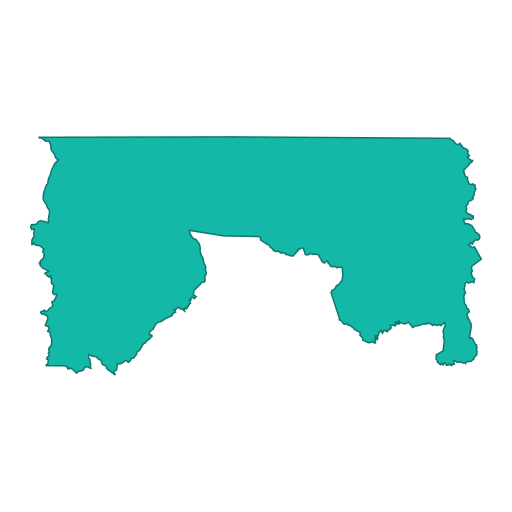 Colniza, Mato Grosso, Brazil (Robinson projection)
{"feature_id": "56859067B44233830293285", "entity_name": "Colniza", "entity_type": "district", "adm_level": 2, "iso_a3": "BRA", "parent_name": "Brazil", "parent_adm1": "Mato Grosso", "projection": "robinson", "projection_center": [-60.12, -9.423], "detail": "fine", "context": "isolated", "style": "filled", "palette": "teal", "viewbox_px": 512, "rotation_deg": 0, "n_neighbors": 0, "source": "geoboundaries", "source_scale": "gbopen_adm2", "svg_char_len": 6004}
<svg xmlns="http://www.w3.org/2000/svg" viewBox="0 0 512 512"><path d="M46.4,365.7L65.3,365.8L67.2,367.2L67.9,369.0L68.8,367.9L69.7,368.8L71.5,368.3L76.6,373.2L78.5,371.1L79.3,371.4L83.3,370.2L84.2,368.1L85.9,366.8L86.6,366.6L91.5,368.6L90.2,367.3L90.7,363.9L90.0,362.0L90.0,359.7L88.6,357.5L88.6,354.4L92.1,356.1L96.2,356.8L99.2,359.6L101.1,360.0L101.4,362.1L102.6,364.6L106.4,366.3L106.8,368.7L115.3,375.1L113.8,371.9L114.3,371.0L116.5,370.1L117.5,363.7L119.1,364.1L121.8,363.3L124.7,360.9L126.7,360.5L127.5,361.9L128.8,362.3L130.7,360.1L131.4,358.4L133.7,357.9L136.4,354.5L137.2,351.8L139.6,350.3L142.8,344.7L144.2,343.2L145.5,342.9L147.0,340.4L149.1,339.3L152.1,336.2L151.7,335.0L149.4,334.7L149.1,333.4L150.9,330.6L153.1,329.2L155.8,324.1L157.1,322.7L161.8,321.2L164.8,318.9L172.3,315.5L172.5,313.7L175.6,312.1L174.2,309.7L175.8,309.6L177.1,308.0L178.8,307.3L180.0,308.7L181.9,309.0L184.7,311.1L184.2,308.7L184.8,308.1L186.3,308.8L187.1,308.0L187.1,306.6L188.5,306.2L188.7,304.8L190.5,303.2L189.5,300.2L190.9,300.0L190.6,298.1L192.3,297.2L194.2,298.6L196.2,296.6L193.5,294.9L193.8,290.6L200.6,283.9L201.6,282.2L204.0,282.2L204.8,281.3L205.1,280.4L204.8,276.3L205.9,274.8L206.3,273.3L205.5,270.3L205.7,266.3L203.8,263.1L202.9,258.0L201.0,254.5L200.1,251.7L200.2,247.7L199.3,243.9L196.3,239.8L192.8,238.1L189.9,233.6L189.4,230.4L223.9,235.9L258.7,236.5L260.4,237.2L260.5,239.9L265.2,243.0L266.7,243.3L266.6,244.0L267.1,244.4L268.9,244.7L270.3,247.3L272.3,248.5L273.5,250.6L276.4,251.6L278.1,251.0L280.6,252.9L281.1,253.1L281.2,252.4L285.1,253.5L286.6,254.9L287.6,254.3L289.6,255.6L292.8,256.1L296.4,252.4L296.8,251.1L297.9,251.0L298.2,249.2L299.9,249.2L300.4,248.2L301.7,248.0L303.4,248.5L305.3,254.4L306.3,254.9L308.0,254.8L310.8,253.5L312.9,254.5L314.0,253.8L315.4,254.6L316.4,254.2L318.1,254.5L322.6,262.3L324.7,263.0L326.1,261.4L327.8,261.1L328.2,263.5L329.6,264.0L330.1,265.8L331.9,266.8L335.0,266.4L336.8,267.7L341.8,267.1L342.4,267.8L342.3,270.4L343.0,273.5L341.9,280.9L340.9,281.5L338.9,284.6L336.6,285.5L334.7,289.1L331.7,290.8L331.1,292.8L339.6,319.0L339.2,319.8L341.7,321.0L343.2,323.6L345.4,324.4L347.1,323.9L348.5,325.3L350.0,325.5L353.5,328.1L354.5,329.5L360.0,332.3L360.3,333.0L359.9,335.1L362.5,337.8L362.9,340.2L368.6,342.8L373.1,341.8L374.5,343.1L375.5,342.8L375.3,338.9L376.1,338.7L377.2,339.6L377.9,337.6L377.6,336.8L375.2,337.5L375.3,335.8L378.4,335.1L378.7,333.3L381.1,330.4L382.5,333.2L384.0,330.3L385.2,330.9L386.2,330.3L386.7,331.6L387.6,331.6L387.8,330.4L390.5,329.0L391.2,327.6L390.3,327.0L390.4,325.6L393.9,325.2L394.8,326.0L395.8,325.0L395.5,322.4L396.1,322.0L396.8,322.4L397.3,324.0L399.0,324.0L399.2,323.4L398.3,323.4L397.7,322.0L399.3,320.8L399.9,323.1L401.0,322.7L403.7,323.8L405.4,323.8L408.4,322.2L412.8,327.6L415.5,325.8L418.4,325.8L422.5,324.1L426.7,324.0L427.1,322.8L431.1,324.1L432.7,325.6L434.0,324.2L435.9,325.3L438.3,325.2L439.5,324.3L440.8,325.6L444.7,322.5L445.3,324.8L443.0,331.4L443.8,334.7L443.3,336.9L444.3,340.4L443.1,350.9L436.3,354.8L436.1,359.1L437.4,360.6L437.3,361.9L440.4,364.6L441.4,363.3L442.7,365.0L443.3,364.8L444.2,362.8L445.6,363.8L446.2,365.1L448.1,365.2L448.9,363.9L451.2,365.5L452.0,364.4L452.2,365.0L453.4,363.8L454.3,364.1L453.4,360.6L454.0,360.2L456.9,362.2L461.2,362.0L462.7,363.0L465.0,362.6L465.5,363.5L466.4,361.7L471.3,361.3L472.8,359.5L473.6,359.5L473.8,358.0L476.7,354.7L477.1,351.4L476.2,349.4L477.1,347.6L476.6,347.0L476.5,344.7L475.8,344.7L474.6,343.1L473.0,339.2L471.5,337.7L470.1,338.3L469.4,338.0L471.4,325.8L470.8,322.9L469.8,321.8L469.3,319.6L467.9,318.8L468.2,317.8L467.0,315.4L467.2,313.7L469.3,311.8L468.6,309.5L468.2,308.8L466.8,308.5L466.2,305.6L464.5,303.6L463.8,296.0L465.6,292.4L464.4,290.7L464.2,287.9L465.0,285.9L464.8,284.1L466.2,282.2L466.8,281.9L468.5,283.0L471.9,281.9L473.9,282.6L474.6,278.9L472.5,277.0L471.4,273.9L471.3,272.5L472.3,271.4L471.5,267.7L471.8,266.2L481.3,259.1L474.5,246.9L472.4,247.4L471.1,246.9L470.6,246.0L469.4,246.2L468.5,245.1L469.5,244.6L470.3,242.8L472.4,244.2L474.2,240.7L477.0,239.5L477.6,240.2L478.8,239.4L479.8,237.8L479.5,235.1L477.3,233.0L475.4,232.5L475.2,231.2L471.9,225.7L468.1,223.8L465.0,223.7L463.5,219.8L463.5,219.0L465.3,219.5L467.5,218.5L471.0,219.5L473.3,218.4L473.2,215.9L471.9,216.1L470.4,214.5L467.7,213.7L466.2,211.8L465.9,211.2L466.7,209.1L466.0,206.3L467.9,204.0L468.2,201.7L471.9,200.0L473.2,198.5L473.0,196.7L474.2,194.7L474.1,192.5L475.9,188.7L475.2,187.8L475.1,185.1L473.6,184.8L473.0,183.8L471.9,184.5L469.1,184.1L467.3,178.9L467.7,177.7L464.9,175.9L464.8,174.1L463.7,172.7L464.0,171.5L463.5,171.3L463.6,170.4L469.3,164.4L469.6,162.8L471.6,162.5L472.6,160.5L470.5,160.0L467.3,157.2L469.4,155.7L467.6,153.7L468.1,150.7L466.8,149.3L462.4,147.3L462.0,145.6L460.4,144.7L460.0,143.3L458.2,144.5L455.9,144.1L453.3,140.6L451.5,140.0L449.9,138.3L233.4,136.9L39.2,137.3L39.4,138.0L41.6,137.9L45.7,141.2L49.0,141.1L50.6,144.6L51.1,149.8L54.2,153.7L55.7,157.9L58.2,159.9L54.7,163.7L51.2,171.0L50.6,173.9L48.3,179.3L47.7,183.7L46.1,185.6L43.6,193.2L43.1,198.0L43.7,200.6L46.4,204.6L47.6,207.9L49.0,209.5L49.6,212.0L48.3,219.5L48.6,222.3L47.5,222.9L46.6,222.0L40.3,220.7L38.1,221.9L36.3,224.3L31.4,224.7L30.7,226.8L30.8,227.9L31.9,229.6L33.8,228.6L34.3,229.4L33.7,233.8L34.4,235.4L31.9,240.2L31.8,243.8L32.1,244.6L34.1,243.3L34.7,244.6L36.5,245.4L39.7,245.6L44.2,249.3L43.2,250.2L42.7,251.7L44.6,254.6L43.8,255.6L43.5,258.4L41.1,260.2L39.4,263.0L40.7,263.2L39.9,265.0L42.7,268.0L48.7,271.1L44.8,273.3L48.7,277.0L50.7,276.0L50.8,278.2L51.6,278.1L51.3,282.8L53.8,285.6L52.5,292.5L53.7,294.3L55.1,294.7L56.1,294.1L56.9,295.2L54.0,301.0L51.9,301.7L52.7,305.2L52.2,307.0L49.8,308.1L47.6,310.9L45.3,311.5L44.5,310.1L40.8,311.9L40.6,312.6L41.7,314.0L43.8,314.2L47.8,316.3L47.6,319.4L45.2,325.4L48.9,326.8L48.9,329.1L47.7,331.3L48.1,331.8L49.9,331.9L50.5,335.9L51.8,339.3L51.5,345.1L49.1,347.7L48.7,349.5L49.2,352.0L48.3,353.4L49.1,354.3L49.2,355.8L47.7,356.7L46.6,358.9L48.4,359.9L47.8,363.9L46.1,365.0L46.4,365.7Z" fill="#14b8a6" stroke="#0f766e" stroke-width="1.5"/></svg>